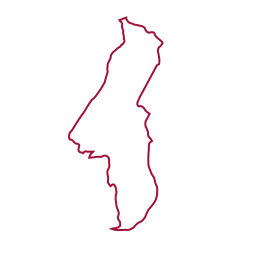 Mpassa, Haut-Ogooué, Gabon (Mercator projection), rotated 28°
{"feature_id": "22940354B37639469829308", "entity_name": "Mpassa", "entity_type": "district", "adm_level": 2, "iso_a3": "GAB", "parent_name": "Gabon", "parent_adm1": "Haut-Ogooué", "projection": "mercator", "projection_center": [13.612, -1.737], "detail": "fine", "context": "isolated", "style": "outline", "palette": "rose", "viewbox_px": 256, "rotation_deg": 28, "n_neighbors": 0, "source": "geoboundaries", "source_scale": "gbopen_adm2", "svg_char_len": 3197}
<svg xmlns="http://www.w3.org/2000/svg" viewBox="0 0 256 256"><g transform="rotate(28 128 128)"><path d="M69.8,36.8L70.5,37.2L72.0,37.6L73.2,38.0L74.1,38.9L74.6,40.4L75.3,41.8L76.5,42.9L77.6,43.8L78.4,44.7L78.5,45.6L79.8,47.3L81.2,48.8L81.9,50.1L82.5,51.3L83.5,52.0L84.1,52.9L84.2,54.8L83.9,56.8L83.1,57.5L83.1,58.4L82.7,60.3L81.7,61.8L81.1,63.3L80.3,65.6L79.6,67.3L79.1,68.7L78.8,70.5L78.9,72.2L79.7,74.2L79.9,76.2L79.9,79.2L80.1,81.0L80.5,82.2L81.2,83.4L81.8,85.3L82.3,86.1L83.0,86.9L83.6,87.9L84.1,89.8L85.0,94.8L85.6,97.0L86.0,98.5L85.9,100.3L85.7,106.1L85.0,112.1L84.4,115.9L83.8,117.9L83.0,119.8L82.6,122.0L82.2,125.4L82.0,128.5L81.8,133.2L81.6,135.3L81.1,138.4L80.3,146.3L79.8,153.7L79.5,157.2L79.0,158.6L78.8,160.0L79.4,161.8L80.2,163.6L81.0,164.8L82.1,165.4L83.3,164.9L85.0,165.0L86.3,165.5L87.6,166.0L89.3,166.2L91.4,165.5L92.6,165.7L93.5,166.8L93.7,168.4L94.3,170.2L95.4,171.5L97.0,172.0L98.8,171.3L100.0,171.5L100.3,170.7L100.8,169.3L101.4,168.5L102.5,168.2L103.7,167.8L104.7,167.2L105.9,166.5L108.3,165.3L108.0,166.5L107.4,167.9L107.3,169.4L107.4,171.6L107.8,172.5L110.2,170.8L112.6,169.2L114.2,167.9L116.4,166.8L118.2,165.8L119.2,164.3L120.0,163.5L121.6,162.8L123.5,162.8L125.1,163.5L125.9,164.6L126.9,166.1L128.0,168.1L128.9,169.4L129.8,171.4L129.9,173.1L129.8,174.6L130.4,176.6L131.5,178.2L132.6,179.7L133.7,180.9L134.4,182.4L135.1,184.2L135.8,185.4L136.9,186.2L139.9,187.5L140.8,185.2L142.3,184.5L144.4,185.7L146.0,187.3L148.3,190.7L148.9,193.3L150.4,196.5L152.1,198.9L154.5,202.4L156.9,204.6L159.1,206.5L160.1,208.1L161.1,211.7L161.8,212.8L163.5,213.9L164.9,214.6L166.4,216.5L166.9,218.4L166.0,220.4L164.0,222.3L162.1,223.6L161.1,224.6L163.4,224.2L165.8,223.5L167.1,222.8L168.9,221.8L170.1,221.1L171.6,220.3L173.4,219.1L174.9,218.5L176.6,217.5L177.7,216.3L179.5,213.6L180.0,211.5L180.7,209.0L181.2,207.7L181.8,206.5L182.8,205.3L183.4,204.5L184.2,202.7L184.6,201.1L184.9,199.3L184.9,197.6L184.6,196.0L184.5,193.6L184.5,190.8L184.9,188.4L185.4,186.2L186.0,182.7L186.2,179.3L185.8,175.9L184.9,173.2L183.6,170.4L182.5,168.2L181.3,166.4L179.4,165.0L176.9,162.6L175.2,160.5L174.4,159.6L172.5,158.6L170.7,157.7L168.0,155.4L166.1,153.8L163.6,151.3L162.4,149.3L160.8,146.5L158.7,142.3L157.4,139.3L156.2,136.6L155.0,134.5L153.9,131.4L154.4,129.8L155.3,128.2L153.8,127.3L151.7,126.4L150.0,125.8L149.0,124.7L148.2,123.1L146.9,121.6L145.7,120.5L144.3,119.4L142.8,118.3L141.7,116.9L140.4,114.0L140.4,108.9L140.4,105.4L139.1,105.1L137.2,104.9L135.8,104.5L134.1,103.8L132.6,102.9L131.4,102.6L130.0,102.5L129.0,102.6L128.2,103.2L127.6,103.7L126.2,103.7L125.2,102.8L124.3,100.9L123.9,94.8L124.0,76.4L124.1,59.1L124.5,58.2L125.3,57.4L125.2,56.2L124.5,54.6L123.1,52.1L122.3,51.0L120.8,49.2L119.5,47.4L118.0,45.8L117.6,44.2L117.4,42.2L118.1,40.8L118.5,39.4L118.6,36.6L117.6,36.0L115.7,35.4L112.9,35.0L111.3,34.5L109.7,34.0L108.6,33.4L107.3,32.3L106.2,31.6L105.0,31.8L103.3,32.7L102.6,33.4L101.9,34.0L100.4,34.1L99.1,34.1L97.3,33.1L96.3,32.1L94.7,31.5L92.7,31.5L90.5,32.1L88.2,32.7L86.5,33.2L84.9,33.8L83.8,33.8L82.1,34.0L80.8,34.3L79.4,34.4L78.3,34.1L77.2,33.6L76.1,33.0L75.1,32.4L74.6,31.4L73.6,32.6L72.6,33.4L71.8,34.7L70.4,36.2L69.8,36.8Z" fill="none" stroke="#9f1239" stroke-width="2"/></g></svg>